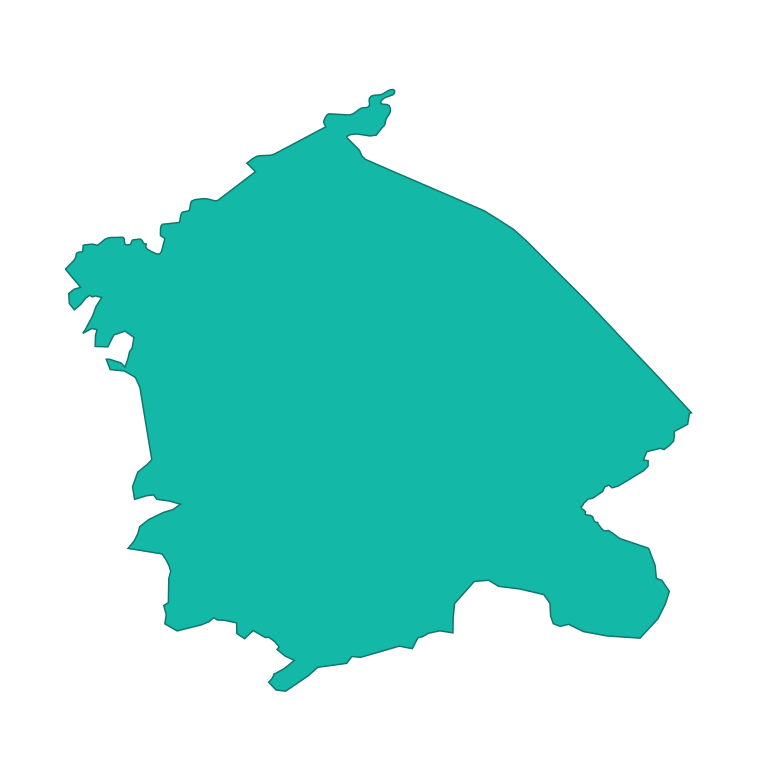 the border of Pavlodar, rotated 352°
{"feature_id": "KAZ-3205", "entity_name": "Pavlodar", "entity_type": "Region", "adm_level": 1, "iso_a3": "KAZ", "parent_name": "Kazakhstan", "parent_adm1": "", "projection": "robinson", "projection_center": [75.843, 52.234], "detail": "fine", "context": "isolated", "style": "filled", "palette": "teal", "viewbox_px": 768, "rotation_deg": 352, "n_neighbors": 0, "source": "natural_earth", "source_scale": "10m", "svg_char_len": 4138}
<svg xmlns="http://www.w3.org/2000/svg" viewBox="0 0 768 768"><g transform="rotate(352 384 384)"><path d="M431.5,93.5L433.9,93.6L435.4,94.8L434.7,97.7L432.9,98.9L424.8,100.6L423.0,101.5L420.7,103.1L419.6,104.9L420.9,106.5L425.9,107.7L427.8,109.0L428.7,112.0L428.2,115.3L426.5,117.8L424.4,120.1L422.6,122.4L421.4,126.2L420.7,127.6L419.5,128.7L417.0,130.5L416.0,131.7L410.8,136.5L404.7,136.4L391.8,132.6L385.3,132.4L383.4,132.9L381.7,133.9L381.5,134.8L391.8,148.5L392.5,150.1L393.8,155.0L396.9,159.0L405.5,164.3L418.0,172.0L436.9,183.5L455.8,195.0L474.7,206.5L493.6,218.0L507.6,226.6L520.1,237.1L525.3,241.6L533.7,248.8L545.1,262.3L552.1,271.6L563.3,286.5L574.5,301.5L585.8,316.4L597.1,331.4L612.0,352.4L626.8,373.4L641.7,394.4L656.7,415.4L668.0,431.7L679.3,448.0L684.4,455.3L682.4,455.6L679.1,466.1L664.6,471.5L664.6,474.7L662.8,480.9L657.9,484.7L652.2,487.9L648.7,486.2L634.8,487.6L630.3,495.4L634.9,496.7L634.1,502.1L629.0,506.0L601.9,517.6L595.5,518.6L592.7,515.5L588.2,516.6L585.7,520.8L574.4,526.3L570.5,526.2L565.1,530.0L564.3,531.4L562.8,532.7L562.1,532.9L562.6,535.1L564.4,536.7L565.8,538.4L565.1,541.0L567.6,542.3L570.1,542.8L572.1,544.4L573.0,548.6L573.3,549.3L574.0,550.0L574.8,550.5L575.5,550.7L576.3,550.8L576.5,551.2L576.4,551.8L576.6,552.6L579.4,557.6L580.7,559.3L582.2,560.2L585.7,560.3L587.0,561.1L588.1,562.4L589.0,562.9L595.8,569.7L623.2,583.6L627.2,601.1L626.7,614.5L631.8,617.0L637.7,629.1L632.0,641.0L622.6,654.6L602.2,671.3L569.6,664.5L547.0,656.9L533.4,647.7L524.7,648.5L518.3,644.9L516.7,637.0L517.8,624.3L513.0,614.8L490.0,605.9L469.3,600.3L460.3,592.9L445.9,592.1L423.4,611.2L420.0,624.9L417.6,640.0L404.9,636.2L393.4,637.0L387.0,639.6L382.3,640.0L375.2,650.0L362.6,645.7L322.8,651.4L314.2,649.4L308.2,655.4L279.0,655.3L268.4,662.4L243.8,674.5L234.5,672.0L228.3,663.3L232.7,659.5L234.7,656.0L245.5,652.0L256.8,645.2L248.1,639.6L241.1,632.0L243.6,629.8L240.1,624.1L234.8,618.8L230.9,618.4L220.1,609.9L210.5,616.8L203.5,610.6L204.8,600.1L193.1,595.8L186.1,594.5L183.0,591.7L177.6,595.1L169.5,597.1L144.8,599.7L133.6,591.0L136.2,582.2L135.1,572.6L140.0,570.6L143.8,546.7L146.7,539.8L145.8,533.8L143.4,527.1L140.6,521.4L107.6,511.2L114.7,504.7L119.5,497.8L122.2,491.3L132.2,485.5L147.7,480.5L157.4,479.0L165.8,474.7L154.8,469.9L143.0,466.6L140.4,461.8L133.4,461.6L120.9,463.5L120.7,450.7L127.9,437.0L138.2,430.8L143.5,426.6L141.8,353.5L138.8,343.1L135.8,340.5L128.7,335.0L114.9,331.6L112.4,320.8L115.6,321.3L126.5,326.5L129.8,331.2L134.1,323.0L136.4,316.8L139.7,313.1L142.8,303.1L135.0,295.6L123.3,297.8L115.7,308.8L103.2,306.6L105.1,295.5L107.5,290.2L102.3,288.4L92.8,291.9L96.2,288.0L105.1,275.7L109.6,267.2L116.5,259.1L110.6,256.6L107.5,257.2L104.9,255.3L100.3,257.6L94.6,263.1L87.6,267.5L83.6,260.5L84.4,250.5L90.4,247.0L97.0,246.1L84.6,226.1L84.6,225.8L92.1,220.1L94.4,218.2L95.3,217.2L96.2,215.8L97.1,213.5L97.5,212.2L98.2,211.5L100.0,210.9L100.7,210.9L103.2,211.2L104.1,210.9L104.3,210.0L104.4,208.8L105.2,206.8L105.2,205.7L105.4,204.9L106.1,204.6L113.9,204.8L115.6,205.2L119.1,206.7L120.6,206.3L127.7,201.9L130.9,201.0L134.3,200.9L138.3,201.5L145.1,202.2L146.5,202.9L147.0,204.9L146.8,207.5L147.0,209.6L148.4,210.5L151.5,210.6L152.6,210.0L154.5,206.9L155.6,206.3L162.3,206.5L163.3,206.8L164.5,208.4L165.1,210.3L166.0,211.7L168.0,212.2L167.2,215.2L167.9,217.1L171.6,220.1L176.9,223.5L179.9,224.0L182.0,222.0L187.0,210.0L186.8,209.0L185.7,207.9L183.9,206.6L183.3,205.7L184.3,199.1L185.2,196.5L186.8,195.0L203.3,195.6L204.3,194.7L206.2,188.6L207.2,186.8L208.1,185.9L209.3,185.6L214.4,185.4L215.4,184.6L216.3,182.7L217.4,178.9L218.2,177.1L219.2,176.0L222.7,175.1L231.0,175.3L234.6,176.0L242.4,179.2L245.1,179.0L258.3,171.6L270.5,164.7L286.3,155.8L278.9,146.2L285.9,142.3L289.4,140.9L293.0,140.7L303.5,141.7L307.2,141.1L312.4,139.3L318.5,137.0L330.0,132.9L347.8,126.4L362.2,121.2L361.0,118.2L360.7,116.1L361.5,114.1L363.2,111.6L365.3,109.4L367.2,108.8L387.3,112.8L391.7,111.9L398.1,108.3L400.3,107.6L401.8,107.5L404.9,107.8L406.5,107.7L408.3,106.3L408.7,104.0L408.7,101.4L409.3,99.0L411.4,97.2L414.3,96.7L420.0,97.1L422.5,96.8L429.5,93.9L431.5,93.5Z" fill="#14b8a6" stroke="#0f766e" stroke-width="1.5"/></g></svg>